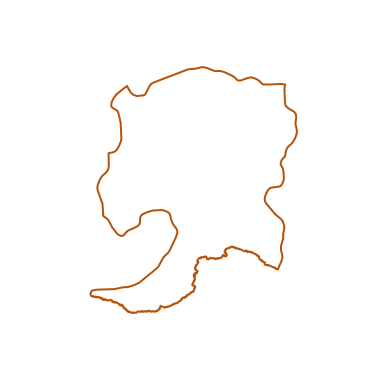 Azua de Compostela, Azua, Dominican Republic, rotated 24°
{"feature_id": "3306468B66909438647260", "entity_name": "Azua de Compostela", "entity_type": "district", "adm_level": 2, "iso_a3": "DOM", "parent_name": "Dominican Republic", "parent_adm1": "Azua", "projection": "orthographic", "projection_center": [-70.724, 18.457], "detail": "fine", "context": "isolated", "style": "outline", "palette": "amber", "viewbox_px": 384, "rotation_deg": 24, "n_neighbors": 0, "source": "geoboundaries", "source_scale": "gbopen_adm2", "svg_char_len": 6115}
<svg xmlns="http://www.w3.org/2000/svg" viewBox="0 0 384 384"><g transform="rotate(24 192 192)"><path d="M301.9,227.7L301.8,218.5L301.3,215.3L300.2,213.0L297.1,209.1L295.9,206.9L295.2,204.6L294.2,197.3L292.4,193.2L290.9,187.0L289.6,184.8L287.2,182.3L285.2,180.8L277.5,178.6L264.4,172.3L262.6,170.9L261.3,169.0L260.6,166.5L260.4,163.8L260.5,160.3L261.0,157.9L262.3,156.0L269.9,151.3L270.9,149.4L271.1,147.0L271.0,144.6L270.4,142.2L267.2,136.1L265.5,133.7L261.8,130.7L261.0,128.7L261.1,125.7L262.4,121.4L261.2,116.8L261.0,113.7L261.5,111.3L263.3,107.3L264.0,104.8L264.3,100.3L263.9,95.9L262.5,92.7L258.6,87.3L256.9,81.3L255.2,78.7L252.6,77.1L246.3,76.4L244.0,75.8L242.7,75.1L241.1,73.5L234.3,59.8L233.3,56.0L229.4,57.0L219.3,62.2L213.7,64.6L212.2,64.7L208.1,63.1L205.5,62.7L201.9,62.7L199.3,63.3L196.7,65.0L191.3,70.2L189.3,71.2L188.0,71.3L184.2,70.0L181.8,69.5L172.5,69.3L168.4,70.0L165.1,71.6L162.8,72.3L154.5,72.7L150.6,73.7L144.5,78.3L140.3,80.4L137.6,82.5L112.4,107.6L110.9,109.6L110.3,111.2L110.0,113.6L109.7,120.9L109.3,122.3L108.4,123.4L102.8,126.7L98.8,127.1L95.7,126.2L89.5,121.7L86.7,126.6L83.0,134.2L82.2,138.5L82.1,141.2L82.3,143.7L83.0,145.9L84.1,147.0L85.4,147.5L90.4,148.2L91.6,148.8L92.6,149.8L98.5,157.5L105.8,172.0L106.4,174.6L106.6,178.2L106.5,181.8L106.0,184.4L105.3,186.0L103.7,187.9L100.0,190.5L105.5,202.2L106.2,205.3L105.9,208.5L103.7,213.2L103.1,215.6L102.8,218.1L103.0,223.9L104.0,227.1L105.5,229.2L115.1,239.3L119.5,247.6L120.5,249.9L125.1,251.0L127.4,251.9L133.4,256.7L140.8,260.7L143.9,261.1L146.0,260.6L147.3,259.0L148.2,255.5L149.2,253.4L155.3,246.6L156.9,243.9L157.1,242.4L156.9,240.9L155.3,237.1L155.0,235.6L155.2,234.1L156.3,231.9L159.7,228.3L163.5,225.0L171.1,221.1L173.4,220.3L178.2,220.2L180.9,221.3L183.5,224.8L185.7,227.3L188.3,229.4L193.0,232.1L194.5,233.8L195.2,235.2L195.7,240.3L195.4,254.5L194.8,257.8L193.2,261.2L192.5,263.4L191.6,274.2L188.1,281.8L185.9,285.8L180.8,296.2L177.0,300.6L172.0,305.0L167.7,307.1L160.9,312.1L144.3,320.2L140.6,322.9L140.6,326.4L142.3,328.0L143.0,328.0L143.0,327.7L144.6,327.7L144.6,327.4L146.2,327.4L146.2,327.0L147.5,327.0L147.5,326.7L148.1,326.7L148.5,326.0L150.7,326.3L150.7,326.0L151.3,326.0L151.3,325.7L152.9,325.7L152.9,326.0L153.6,326.0L153.6,326.3L154.2,326.3L154.2,326.7L154.9,326.7L155.2,326.0L155.8,326.0L155.8,325.7L156.5,325.7L156.5,325.3L157.8,325.3L157.8,325.7L158.1,325.7L158.1,325.3L160.3,325.0L161.3,323.6L162.9,323.6L162.9,324.0L164.2,324.3L164.2,324.7L164.8,324.7L164.8,324.3L166.1,324.3L166.1,324.0L167.1,324.0L167.1,323.6L171.5,324.0L171.5,324.3L172.2,324.3L172.2,324.7L172.5,324.7L173.2,323.6L173.8,323.6L173.8,324.0L174.4,324.0L174.4,324.3L175.1,324.3L175.1,324.7L176.0,324.7L176.4,325.3L177.0,325.3L177.0,325.7L178.0,325.7L178.0,326.0L179.9,326.0L180.2,326.7L181.2,326.7L181.2,327.0L182.4,327.0L182.4,327.4L183.4,327.4L183.7,326.7L186.3,327.0L186.6,326.3L187.6,326.3L187.9,325.7L189.8,325.3L189.8,325.0L190.8,324.3L190.8,323.6L191.1,323.6L191.4,323.0L193.4,322.6L194.0,321.6L195.0,321.6L195.0,321.3L195.9,321.3L195.9,320.9L197.8,320.3L197.8,319.9L198.8,319.9L198.8,319.6L199.4,319.6L200.1,318.6L200.7,318.6L200.7,318.2L201.4,318.2L201.4,317.9L203.3,317.9L203.3,317.6L204.6,317.2L204.6,316.9L206.5,316.6L206.8,315.9L207.5,315.9L208.1,314.9L208.7,314.9L209.1,313.2L209.7,312.8L209.7,312.2L210.0,312.2L210.0,311.5L209.7,311.5L209.7,309.1L210.0,309.1L210.0,308.8L213.9,308.8L214.2,308.1L214.8,308.1L215.2,307.4L216.4,307.1L216.4,306.8L216.8,306.8L218.0,305.1L218.4,305.1L219.0,304.1L220.0,303.4L220.0,302.7L220.6,302.4L220.9,301.4L221.6,301.4L222.5,300.0L223.2,300.0L223.5,299.3L224.1,299.0L224.4,297.3L225.7,296.3L225.7,294.9L226.0,294.9L226.0,293.9L226.4,293.9L226.7,292.2L227.7,291.9L227.7,291.6L228.3,291.6L228.3,290.9L228.6,290.9L228.9,289.9L229.3,289.9L229.3,288.8L229.6,288.8L229.6,288.2L229.9,288.2L229.9,287.5L231.2,286.5L231.5,285.1L232.1,284.8L232.1,283.8L232.5,283.8L233.1,282.8L233.4,282.8L233.4,282.1L233.7,282.1L233.7,279.4L233.4,279.4L233.4,278.4L233.7,278.4L233.7,278.0L233.1,277.7L233.1,277.0L232.1,277.0L232.1,276.7L230.5,277.0L230.2,276.4L229.9,276.4L229.9,274.0L230.2,274.0L229.9,272.6L230.2,272.6L230.2,270.6L229.6,270.3L229.3,268.6L228.6,268.6L228.6,267.6L228.0,267.9L227.7,266.9L227.3,266.9L227.7,265.2L228.0,265.2L228.0,264.9L228.6,264.9L228.6,264.5L229.3,264.5L229.3,262.2L228.6,262.2L228.6,261.8L227.0,261.8L226.4,260.8L226.0,260.8L226.0,260.1L225.7,260.1L225.4,257.8L225.7,257.8L225.7,257.1L226.0,257.1L226.4,254.1L226.0,254.1L226.0,253.4L225.4,253.4L225.4,253.0L224.8,252.7L225.1,250.0L225.7,249.7L226.0,249.0L226.7,249.0L226.7,248.3L227.0,248.3L227.3,247.6L228.6,247.3L228.9,246.6L229.6,246.6L229.9,246.0L230.9,245.6L230.9,245.3L231.5,245.3L232.8,247.0L233.7,247.0L233.7,246.6L234.4,246.6L234.4,246.3L235.0,246.0L235.0,245.3L235.7,244.9L235.7,244.6L237.3,244.6L237.6,243.9L239.8,243.9L239.8,243.6L240.5,243.6L240.5,243.2L241.8,242.9L241.8,242.6L242.4,242.6L242.4,242.2L243.0,242.2L243.7,241.2L244.3,241.2L244.3,240.9L245.6,239.9L245.6,239.2L245.9,239.2L245.9,237.5L246.2,237.5L246.2,237.2L246.9,237.2L246.9,236.8L247.5,236.8L247.5,237.2L249.1,237.2L249.4,236.2L249.1,236.2L249.1,235.5L248.8,235.5L248.8,234.8L247.8,234.5L247.8,234.1L247.2,234.1L247.2,233.8L246.6,233.8L246.6,233.4L245.9,233.1L245.9,232.1L246.2,232.1L246.2,230.4L246.6,230.4L246.6,229.7L247.5,229.1L247.8,228.4L248.2,228.4L248.5,227.7L249.1,227.7L249.4,227.0L249.8,227.0L250.4,225.7L252.0,225.7L252.0,225.3L253.0,225.3L253.0,225.7L254.9,225.7L254.9,225.3L255.9,225.3L255.9,225.0L258.7,225.0L258.7,224.7L264.2,224.7L264.2,224.3L266.1,224.0L266.1,223.6L266.7,224.0L266.7,223.6L268.3,223.6L268.3,223.3L269.3,223.3L269.3,223.0L271.6,222.6L271.6,223.0L276.7,223.0L276.7,223.3L277.6,223.3L277.6,223.6L278.9,223.6L278.9,224.0L279.6,224.0L279.9,224.7L280.5,225.0L280.8,225.7L282.1,226.0L282.1,226.3L283.4,226.3L283.4,226.0L284.1,226.0L284.4,226.7L285.0,226.7L285.0,227.0L287.3,226.7L287.6,228.0L288.2,228.4L288.2,228.7L290.5,228.4L290.5,228.0L291.7,228.0L291.7,227.7L297.8,227.7L297.8,227.4L298.5,227.4L298.5,227.7L299.8,227.7L299.8,228.0L300.4,228.0L300.4,227.7L301.9,227.7Z" fill="none" stroke="#b45309" stroke-width="2"/></g></svg>